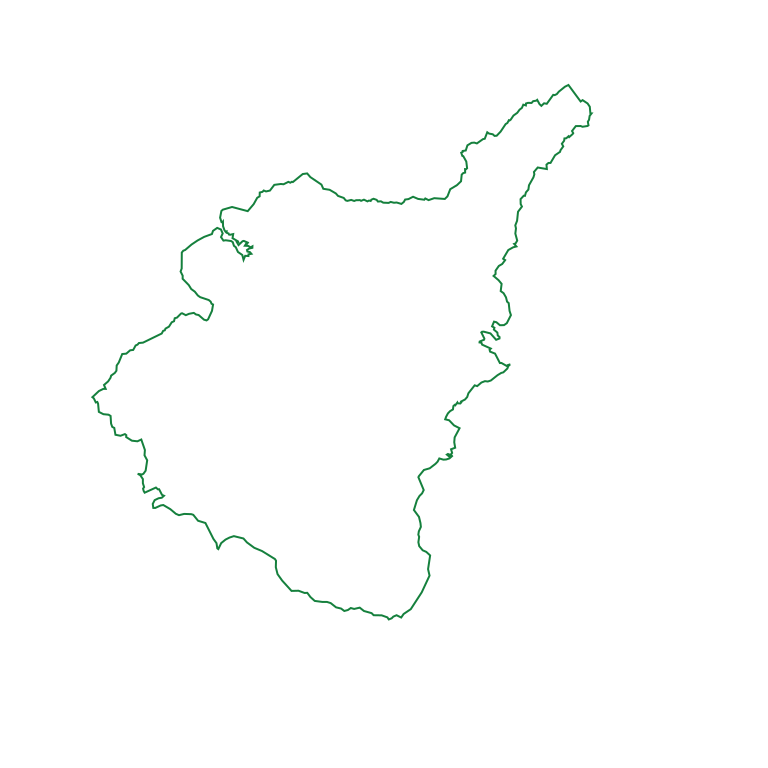 the district of Pades, Gorj, Romania, rotated 252°
{"feature_id": "2599482B12814420584104", "entity_name": "Pades", "entity_type": "district", "adm_level": 2, "iso_a3": "ROU", "parent_name": "Romania", "parent_adm1": "Gorj", "projection": "orthographic", "projection_center": [22.765, 45.13], "detail": "fine", "context": "isolated", "style": "outline", "palette": "green", "viewbox_px": 768, "rotation_deg": 252, "n_neighbors": 0, "source": "geoboundaries", "source_scale": "gbopen_adm2", "svg_char_len": 6166}
<svg xmlns="http://www.w3.org/2000/svg" viewBox="0 0 768 768"><g transform="rotate(252 384 384)"><path d="M611.4,651.8L610.8,647.9L608.0,640.6L606.3,637.9L606.0,635.6L606.7,634.3L600.2,625.4L601.5,623.0L599.9,619.6L602.1,618.4L606.9,617.5L606.4,616.4L606.9,613.3L605.7,611.2L606.9,607.8L606.9,605.7L605.1,605.0L606.6,602.8L604.0,600.5L603.0,597.7L600.7,594.5L599.3,590.1L596.2,586.1L595.8,584.8L596.3,584.3L594.1,582.0L593.6,580.0L588.0,572.9L585.3,567.9L585.8,565.8L587.9,564.6L589.7,561.3L591.5,560.0L586.1,555.6L586.3,553.8L584.1,546.7L585.7,544.4L586.3,541.7L585.2,537.1L580.8,533.9L581.3,530.9L580.5,530.7L580.1,528.9L576.7,529.0L576.2,529.8L570.1,531.0L563.5,529.7L562.9,528.3L563.3,527.5L560.0,526.5L560.1,524.5L559.1,522.6L553.0,519.9L550.6,514.9L548.8,507.2L542.8,502.3L541.2,499.0L545.2,489.2L545.1,483.2L547.7,480.6L546.8,479.3L549.5,473.6L553.1,469.5L552.3,464.4L552.9,461.1L551.0,459.1L549.9,456.2L552.7,452.1L553.3,449.5L555.1,446.6L554.8,444.4L556.7,439.3L558.7,437.5L559.4,434.6L561.4,433.9L563.4,431.3L563.2,428.9L562.2,427.9L563.1,426.4L562.8,424.7L565.5,421.9L565.3,418.8L566.3,417.9L567.4,414.3L567.3,412.2L569.2,409.7L569.5,405.7L570.5,404.3L573.4,403.2L577.1,398.4L580.1,397.1L585.5,392.3L588.4,386.6L593.0,386.1L603.5,377.9L608.0,376.0L608.8,371.6L604.2,359.7L604.8,358.9L604.4,357.1L605.8,355.5L605.0,350.2L606.1,347.7L607.3,341.2L603.2,335.3L603.6,331.3L605.2,329.4L604.3,327.8L604.5,325.0L600.9,323.7L600.3,321.0L595.3,315.6L590.5,307.8L599.3,294.2L599.6,284.6L598.8,282.8L592.8,279.5L588.1,279.5L587.6,280.1L588.2,281.0L583.8,279.7L579.6,279.8L577.7,280.4L577.8,281.5L576.4,281.1L575.2,282.7L574.1,282.7L573.5,283.7L573.2,286.9L569.5,285.0L564.8,289.2L564.2,289.2L564.6,288.3L565.8,287.6L561.1,288.6L563.5,293.6L563.4,294.9L560.5,298.2L559.7,297.2L560.0,296.2L558.5,294.4L557.3,297.5L555.2,299.4L555.6,301.4L554.2,300.9L554.5,297.7L553.8,295.1L552.2,295.0L550.9,297.2L548.8,298.1L549.2,295.2L547.6,294.6L548.8,291.6L545.5,288.8L550.5,289.1L554.7,285.9L559.9,285.3L561.8,284.0L565.6,284.0L567.2,282.8L569.6,277.9L570.0,275.6L574.1,274.4L577.0,277.1L581.3,276.7L584.0,273.6L582.5,268.7L579.8,266.7L579.5,258.5L578.1,251.0L576.1,244.0L572.9,236.3L572.8,234.3L571.5,232.3L556.4,227.3L553.8,225.3L549.2,226.0L546.3,225.0L538.4,228.9L533.9,230.0L530.3,232.6L525.7,234.3L523.4,236.0L518.0,243.3L515.9,244.6L513.6,244.8L512.4,246.0L506.7,243.0L499.9,236.7L499.3,234.9L500.8,232.7L506.9,229.0L508.2,226.7L510.4,225.1L511.0,220.3L510.7,216.8L513.7,213.8L513.7,212.7L511.1,207.6L511.2,205.3L508.6,203.7L508.3,201.2L505.0,197.2L504.2,193.3L502.8,192.1L502.8,190.4L500.7,188.2L497.8,167.6L498.7,163.6L497.6,161.7L497.4,159.7L493.9,156.0L494.5,153.0L492.5,148.3L493.4,144.3L486.4,138.4L484.2,135.5L479.3,133.6L477.7,131.4L476.3,127.1L474.4,125.8L471.7,122.4L469.6,117.4L465.4,117.8L466.1,115.6L465.4,110.7L461.6,102.6L460.0,103.6L455.5,104.2L455.5,105.8L453.7,106.0L445.6,104.2L442.0,107.8L439.9,112.6L438.1,114.1L430.7,112.2L427.2,112.3L425.6,113.9L418.7,112.9L416.2,117.4L416.4,122.1L415.0,123.1L413.2,122.4L408.0,126.7L405.7,131.8L406.2,136.0L395.1,136.2L390.2,134.2L384.6,135.2L375.2,130.5L373.0,127.5L372.7,125.9L374.7,122.0L372.6,124.0L368.1,125.3L364.1,124.0L360.1,124.0L358.9,122.5L356.4,122.4L354.6,122.8L356.0,135.1L353.7,136.4L353.4,137.6L347.2,138.6L345.7,140.2L344.5,137.5L345.0,134.3L344.4,130.0L341.4,127.0L337.4,126.3L336.8,128.1L337.5,134.1L337.1,136.7L331.0,142.1L324.9,145.9L322.6,148.5L322.2,153.8L319.7,160.6L318.5,162.2L311.4,164.9L307.0,171.2L289.4,173.9L284.4,175.5L279.2,174.7L278.2,175.4L283.0,180.0L285.0,185.2L285.7,189.6L285.7,194.2L280.5,202.6L275.7,204.7L268.3,210.0L262.8,216.4L251.2,226.2L249.3,226.7L243.2,224.5L236.1,224.0L228.5,226.4L215.8,232.1L213.8,238.8L209.8,243.9L209.1,246.5L204.1,248.2L199.1,251.1L195.7,258.2L194.3,262.5L192.1,265.6L186.4,269.4L183.7,273.8L180.4,276.1L180.2,279.8L181.2,283.2L179.3,286.1L178.8,291.8L174.3,294.8L169.9,301.4L167.3,302.7L164.7,310.3L161.0,315.1L158.6,315.8L158.8,318.9L159.9,321.0L160.2,324.5L156.6,328.2L159.2,331.6L161.6,339.9L174.2,355.5L187.7,368.1L194.3,368.7L206.7,374.9L211.3,372.3L213.9,369.4L218.9,367.4L222.9,367.8L227.8,370.2L230.1,370.1L233.1,371.6L236.7,374.9L240.4,375.7L246.8,376.2L254.9,373.5L263.3,379.4L266.6,383.2L268.2,386.4L270.9,389.0L284.7,387.9L285.5,388.6L289.9,395.4L289.7,401.4L292.2,408.4L293.6,411.0L296.1,413.6L293.7,417.1L293.0,419.8L293.0,423.2L294.8,427.3L294.4,425.7L294.9,423.6L297.4,422.0L297.7,423.2L296.0,425.2L297.4,427.5L301.2,427.6L301.4,432.0L306.9,432.8L311.4,434.7L318.6,442.2L323.0,437.8L329.4,434.7L331.5,431.3L333.6,432.9L336.3,435.7L337.8,438.5L338.5,441.7L341.6,443.2L342.3,444.8L341.7,445.2L343.7,448.0L342.9,448.0L341.9,450.6L342.8,452.0L343.5,451.9L344.2,456.2L345.9,459.1L349.1,461.4L354.7,469.8L353.2,472.0L355.3,477.1L355.5,480.9L354.3,483.5L354.3,486.7L357.3,494.7L358.3,498.9L358.2,501.1L360.6,506.1L362.7,507.8L363.3,509.3L363.7,509.3L363.7,507.3L363.3,506.2L367.7,502.2L368.1,500.7L378.6,499.0L382.0,494.9L384.0,495.0L384.7,496.5L391.1,489.5L393.1,489.4L394.0,487.7L394.8,488.1L395.2,492.9L396.2,493.5L403.0,492.5L403.4,493.5L402.9,495.1L399.2,500.9L391.4,504.3L391.6,507.9L392.9,508.4L395.0,507.2L397.9,507.7L401.8,505.3L403.4,506.4L405.4,504.6L409.3,507.9L408.0,510.0L404.1,512.4L402.9,516.3L403.9,519.6L410.3,526.0L414.7,526.0L422.4,527.6L424.3,526.5L428.7,526.8L433.4,525.8L436.3,523.7L442.9,526.8L447.4,525.0L452.9,521.6L454.1,524.1L457.3,525.1L460.8,529.7L461.6,533.5L464.4,537.5L466.3,536.0L473.0,543.6L474.1,549.1L473.9,552.4L477.0,551.1L477.0,552.5L479.2,555.0L486.5,555.4L491.2,557.6L494.3,557.9L498.1,561.0L506.4,564.7L510.1,570.0L512.9,569.6L517.6,571.0L519.9,575.1L519.4,576.2L522.4,578.2L524.3,581.4L528.2,583.3L534.4,590.0L537.0,591.8L539.3,592.1L542.4,597.1L538.1,605.3L542.4,606.3L543.4,608.7L542.8,610.7L548.7,617.4L550.4,623.2L551.7,624.0L554.6,627.9L557.5,627.4L559.7,630.5L561.8,631.5L561.4,633.3L562.6,636.1L561.6,636.4L563.4,640.6L564.1,641.5L566.5,641.0L570.0,646.1L568.6,650.7L567.3,652.3L566.5,657.2L566.8,658.4L570.4,658.9L572.0,660.7L575.4,662.4L577.2,665.0L577.6,663.9L584.1,665.4L587.9,664.3L592.6,660.6L591.9,658.3L611.4,651.8Z" fill="none" stroke="#15803d" stroke-width="2"/></g></svg>